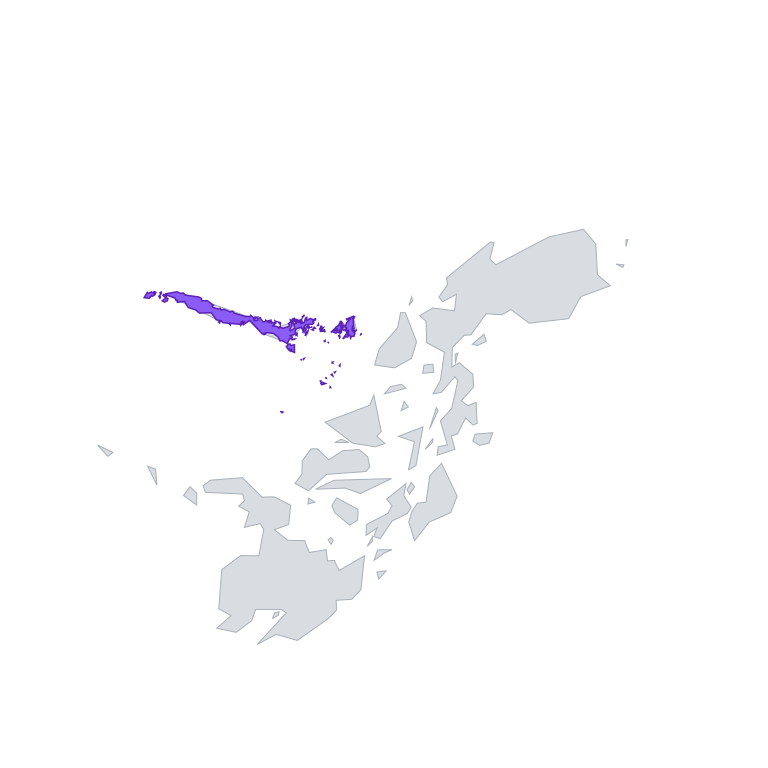 location of Palawan, Palawan, Philippines, rotated 63°
{"feature_id": "2640588B20950743061684", "entity_name": "Palawan", "entity_type": "district", "adm_level": 2, "iso_a3": "PHL", "parent_name": "Philippines", "parent_adm1": "Palawan", "projection": "orthographic", "projection_center": [119.327, 9.944], "detail": "fine", "context": "in_parent", "style": "filled", "palette": "violet", "viewbox_px": 768, "rotation_deg": 63, "n_neighbors": 0, "source": "geoboundaries", "source_scale": "gbopen_adm2", "svg_char_len": 9869}
<svg xmlns="http://www.w3.org/2000/svg" viewBox="0 0 768 768"><g transform="rotate(63 384 384)"><path d="M355.5,131.8L383.6,144.2L399.2,137.7L395.5,168.8L409.6,189.9L395.7,227.0L375.3,237.1L375.8,247.4L367.8,261.1L379.6,284.2L377.1,290.4L382.5,306.6L399.7,315.9L399.2,307.3L415.5,300.4L427.3,305.4L434.0,322.7L441.4,319.2L442.2,310.3L461.3,318.9L461.0,323.4L451.3,326.6L461.9,341.3L460.7,347.6L474.5,350.4L471.6,369.0L464.5,364.2L467.1,355.2L442.5,350.5L436.5,334.8L414.5,316.6L409.6,317.5L417.5,336.9L415.0,344.8L406.3,332.0L383.1,315.7L366.5,327.2L347.1,318.0L339.3,321.2L338.4,306.1L350.7,288.0L337.0,278.7L337.3,294.4L331.5,295.6L324.3,282.2L317.8,280.0L305.8,224.7L308.0,221.8L320.6,232.8L328.5,230.3L327.8,170.3L336.7,136.1L355.5,131.8ZM528.2,479.3L556.6,497.8L561.2,510.5L555.0,524.8L563.9,529.0L567.7,540.0L573.1,577.7L558.2,593.7L558.4,615.1L543.6,575.0L538.3,577.8L526.6,600.7L534.8,609.4L538.1,628.6L525.7,643.9L521.0,625.4L509.2,633.2L475.7,612.8L471.8,589.6L480.3,573.5L459.0,557.2L452.2,557.6L448.4,573.5L436.7,562.1L426.8,569.0L424.8,561.3L417.9,559.8L399.5,592.2L392.5,591.5L390.9,582.3L403.2,552.7L429.3,544.1L434.7,533.1L449.6,522.2L465.9,532.7L464.1,547.9L479.6,540.6L487.5,525.8L500.2,527.1L505.3,510.8L516.0,514.7L518.6,508.4L529.8,508.7L528.2,479.3ZM444.9,499.7L432.2,508.4L427.1,498.1L415.2,491.7L408.7,478.3L411.5,472.8L426.4,467.7L424.7,451.2L431.0,436.0L441.5,431.6L451.4,434.3L453.7,439.9L438.4,476.4L444.9,499.7ZM517.1,369.8L528.8,382.9L527.6,406.5L537.5,427.9L518.0,424.5L510.1,416.9L505.4,408.4L508.3,400.1L486.8,385.1L480.7,368.7L517.1,369.8ZM389.2,398.1L425.0,408.0L427.3,414.1L437.4,410.2L436.1,420.1L422.7,438.6L391.2,453.9L396.5,406.4L389.2,398.1ZM254.0,501.3L206.3,536.3L211.5,522.6L284.9,453.0L288.1,433.3L297.7,419.9L296.7,434.1L302.9,452.1L283.6,469.5L267.6,475.2L254.0,501.3ZM330.3,332.6L361.1,335.8L373.6,347.7L374.4,367.2L362.8,383.8L350.6,372.3L340.0,346.3L327.9,336.8L330.3,332.6ZM492.4,417.1L506.1,415.7L509.9,422.0L509.7,438.9L520.0,457.6L515.2,462.4L509.0,455.4L510.8,468.7L501.2,463.5L501.0,439.2L496.0,432.1L487.7,433.8L482.8,409.6L492.4,417.1ZM446.7,492.7L447.1,472.2L471.7,420.2L470.9,454.8L459.2,465.7L446.7,492.7ZM494.1,478.7L475.9,486.4L468.6,485.5L463.9,477.9L483.9,464.1L493.3,469.2L494.1,478.7ZM439.9,368.7L471.3,392.7L471.6,401.2L449.3,383.1L437.2,394.8L439.9,368.7ZM482.1,326.7L475.3,330.8L470.0,325.6L476.8,309.2L484.3,317.2L482.1,326.7ZM406.7,605.8L392.4,613.3L387.4,603.5L396.3,600.4L406.7,605.8ZM310.5,380.8L323.8,384.0L327.1,392.1L315.4,392.3L310.5,380.8ZM388.5,331.4L396.2,334.4L392.1,344.6L385.3,339.8L388.5,331.4ZM356.3,626.2L371.0,632.3L349.9,631.9L356.3,626.2ZM536.6,472.9L528.9,464.9L535.3,452.1L534.7,459.8L536.6,472.9ZM397.7,366.4L392.9,388.1L389.3,379.2L392.2,368.6L397.7,366.4ZM321.9,656.5L323.0,663.0L308.4,666.9L321.9,656.5ZM392.4,273.5L392.1,283.2L388.7,287.3L385.0,272.3L392.4,273.5ZM420.1,441.9L413.9,454.4L413.8,447.2L420.1,441.9ZM316.4,395.9L312.9,404.9L309.6,394.5L316.4,395.9ZM493.6,411.2L488.7,411.5L483.9,404.4L489.7,403.5L493.6,411.2ZM415.5,372.6L415.6,380.8L408.6,374.1L415.5,372.6ZM555.4,477.1L548.3,475.7L551.4,466.9L555.4,477.1ZM432.1,347.8L444.9,364.0L428.8,348.1L432.1,347.8ZM315.4,449.3L307.1,453.8L309.3,446.5L315.4,449.3ZM457.9,499.3L456.4,506.3L451.6,502.9L457.9,499.3ZM458.1,367.4L460.9,377.0L454.7,364.9L458.1,367.4ZM200.8,555.4L196.4,554.9L197.4,548.7L200.7,548.0L200.8,555.4ZM502.8,504.1L497.3,504.6L496.8,500.9L500.0,500.1L502.8,504.1ZM542.2,589.6L538.2,585.4L539.3,580.9L542.1,583.0L542.2,589.6ZM322.9,320.7L325.3,326.1L318.8,319.8L322.9,320.7ZM518.7,465.3L521.0,472.5L514.8,463.8L518.7,465.3ZM388.5,118.3L382.5,122.8L386.8,116.2L388.5,118.3ZM398.3,311.2L389.8,307.0L389.9,304.2L398.3,311.2ZM366.0,101.1L371.3,106.1L365.4,102.8L366.0,101.1Z" fill="#d9dde1" stroke="#a8b0b8" stroke-width="1"/><path d="M300.5,447.3L302.2,445.8L300.9,444.5L298.4,445.6L299.3,439.0L297.0,439.7L295.0,437.3L295.7,432.0L298.3,432.0L297.6,429.8L298.0,428.9L297.0,429.6L295.6,427.0L298.3,420.7L297.7,418.8L296.0,419.1L295.8,415.8L294.7,415.4L294.6,417.9L292.1,419.9L292.4,424.0L290.8,425.1L292.9,426.9L292.4,430.8L290.5,430.5L288.8,428.1L289.0,430.8L290.4,431.9L289.7,432.7L288.6,430.9L288.0,432.0L289.1,434.3L288.3,434.5L290.2,434.8L289.7,437.4L293.7,438.2L294.2,443.2L292.9,443.4L290.1,439.4L287.2,438.3L288.2,437.4L286.5,437.4L287.8,436.6L287.2,434.8L285.7,435.9L285.6,434.2L284.8,434.1L284.5,436.1L286.3,436.8L284.3,438.3L286.3,438.8L286.8,441.6L288.5,441.4L289.5,442.9L288.5,448.6L286.5,450.6L285.1,450.2L286.6,451.6L286.2,452.0L286.3,452.2L286.2,452.4L286.2,452.5L284.6,452.8L281.7,456.8L280.6,452.7L279.4,452.8L280.3,454.7L278.6,455.1L278.7,456.5L275.7,455.7L275.2,458.2L276.7,457.0L277.2,458.5L273.5,460.4L274.7,461.2L273.7,463.7L268.6,464.3L268.5,467.1L269.9,467.6L268.7,470.8L267.4,471.0L266.1,468.9L267.3,469.1L266.8,466.7L265.3,470.4L262.3,471.7L263.0,472.8L260.8,477.0L253.0,485.2L250.4,485.7L249.9,488.4L244.8,492.7L244.3,495.3L242.0,495.7L242.0,497.8L237.8,501.8L236.4,501.7L236.3,500.3L229.6,503.5L227.1,508.6L224.9,507.8L222.5,509.4L214.5,520.8L211.9,521.4L210.9,524.2L207.8,526.7L204.6,537.4L205.9,537.6L212.3,531.3L215.3,531.3L215.6,530.2L217.4,531.0L220.0,524.2L226.9,523.7L232.5,518.2L237.1,516.2L242.0,505.5L250.6,504.3L253.8,500.4L256.2,499.8L265.3,485.4L266.8,485.1L265.6,483.7L264.6,484.5L265.6,483.4L264.2,483.3L264.0,481.4L265.2,480.2L265.7,482.6L267.3,482.6L266.4,474.7L284.2,469.7L285.2,464.7L288.7,459.6L293.9,457.0L298.4,457.1L299.0,455.1L304.1,451.8L300.5,447.3ZM310.9,379.6L309.7,380.4L309.8,382.1L310.8,381.7L311.6,381.7L311.7,381.9L309.6,382.6L309.2,386.8L310.9,384.7L312.6,389.8L314.8,391.7L314.1,392.3L315.8,393.1L317.0,391.9L318.8,394.2L320.1,391.4L323.7,393.4L324.8,392.4L328.0,392.9L326.8,391.5L327.8,389.0L325.6,386.9L324.5,387.5L323.4,383.7L323.2,387.4L321.3,387.9L318.3,385.9L319.2,385.0L312.2,382.0L310.9,379.6ZM311.9,394.4L310.0,393.9L310.7,395.7L309.0,394.7L311.7,398.8L311.4,400.9L312.3,402.2L313.6,402.0L313.6,400.6L315.1,401.1L313.2,402.8L313.2,403.3L313.8,403.3L314.2,404.0L312.6,403.3L313.3,406.2L313.4,404.7L314.3,405.9L316.9,403.8L316.3,402.3L317.8,401.0L315.7,399.0L316.4,398.3L317.0,398.8L316.9,398.4L317.4,398.5L317.4,398.3L317.8,398.2L314.5,396.8L316.1,396.1L315.5,395.3L314.1,396.5L312.8,396.3L313.7,394.9L311.9,394.4ZM309.9,452.8L312.1,452.7L310.6,450.1L312.4,451.9L315.2,449.4L308.4,446.0L307.2,450.0L305.7,449.5L305.1,451.0L306.3,454.0L310.2,453.6L309.9,452.8ZM200.3,547.6L197.6,548.3L196.5,550.1L196.4,548.6L196.4,552.6L194.9,553.3L198.1,558.5L201.0,554.5L199.7,551.1L200.7,550.6L200.3,547.6ZM209.8,537.7L208.1,539.0L209.2,543.8L211.3,542.5L211.5,539.3L209.8,537.7ZM310.0,412.8L307.9,412.2L309.1,413.0L308.6,414.2L307.0,414.2L306.3,412.7L306.1,415.0L304.5,413.3L303.8,413.9L306.2,416.6L308.2,415.4L308.0,417.4L310.0,412.8ZM324.5,393.2L322.4,395.2L325.1,400.3L324.6,396.3L325.7,395.2L324.5,393.2ZM357.0,435.9L353.7,438.9L355.0,440.1L356.5,439.7L357.0,435.9ZM298.9,428.3L298.0,430.6L300.8,432.5L300.5,428.9L298.9,428.3ZM206.8,537.4L204.1,539.5L204.6,540.7L207.8,539.4L206.8,537.4ZM299.5,424.5L297.8,425.4L298.0,426.8L300.5,425.9L299.5,424.5ZM198.8,545.6L197.3,546.9L198.3,547.9L200.1,547.4L198.8,545.6ZM288.0,431.7L286.4,433.0L287.5,434.3L287.4,433.1L288.0,431.7ZM203.2,543.7L203.5,544.8L205.8,544.7L205.1,543.7L203.2,543.7ZM200.9,540.9L201.1,542.2L202.7,542.2L202.2,541.2L200.9,540.9ZM303.2,420.0L301.7,420.4L302.5,421.9L303.2,420.0ZM353.4,426.0L351.6,425.8L351.8,426.8L353.4,426.0ZM282.4,448.4L280.8,450.1L283.9,449.4L282.4,448.4ZM321.8,401.2L322.3,402.3L320.2,401.4L320.4,402.5L322.6,402.5L321.8,401.2ZM322.6,393.9L320.1,393.0L320.0,393.7L322.6,393.9ZM289.7,422.5L289.6,424.0L291.0,424.6L290.8,423.3L289.7,422.5ZM317.8,398.5L317.7,398.8L318.3,399.2L318.2,399.5L319.4,400.1L317.8,398.5ZM254.9,502.7L253.9,501.7L253.7,503.2L254.9,502.7ZM303.3,428.6L302.1,427.5L302.5,429.3L303.3,428.6ZM363.3,487.9L363.0,486.0L362.9,487.3L361.3,488.7L363.3,487.9ZM315.6,394.9L314.0,394.4L314.7,395.0L315.6,394.9ZM303.3,429.7L302.3,430.1L302.4,431.1L303.3,429.7ZM304.4,430.6L303.3,431.0L304.3,431.1L304.4,430.6ZM313.4,393.6L312.6,394.4L314.0,394.1L313.4,393.6ZM310.3,393.4L309.0,393.5L308.1,395.0L310.3,393.4ZM341.8,420.7L341.3,419.6L341.1,420.1L341.5,420.1L341.2,420.3L341.7,420.7L341.8,420.7ZM318.5,416.7L318.6,417.8L319.2,417.8L319.4,417.2L318.5,416.7ZM320.3,384.8L320.7,385.7L322.7,386.8L321.8,386.3L320.3,384.8ZM352.6,432.8L351.5,432.7L352.3,433.1L352.6,432.8ZM285.5,466.8L285.1,468.2L285.4,468.5L285.8,467.8L285.5,466.8ZM261.6,494.2L260.9,493.7L260.9,494.4L261.6,494.2ZM301.1,439.4L300.3,438.9L300.4,439.1L300.8,439.3L300.2,439.4L300.8,440.3L301.1,439.4ZM348.1,415.2L346.9,414.5L347.4,415.6L348.1,415.2ZM317.9,393.3L317.5,394.2L318.2,394.3L317.9,393.3ZM279.4,451.9L278.3,452.5L279.2,452.7L279.4,451.9ZM322.7,414.4L321.3,415.0L320.9,415.2L322.7,414.4ZM329.2,380.9L328.9,381.9L329.4,382.3L329.2,380.9ZM351.6,422.8L351.1,422.0L351.0,422.9L351.6,422.8ZM317.4,395.4L316.6,395.9L317.6,396.0L317.4,395.4ZM353.4,439.6L352.5,439.0L352.4,439.4L353.4,439.6ZM310.0,386.0L309.6,387.7L309.8,387.9L310.1,387.8L310.0,386.0ZM287.5,425.2L286.8,424.1L287.1,425.3L287.1,426.6L287.2,426.9L287.5,425.2ZM304.6,422.2L303.5,422.5L303.2,423.2L304.6,422.2ZM325.0,445.7L324.7,446.8L325.0,446.8L325.0,445.7ZM302.1,415.7L300.8,415.2L301.8,416.6L302.1,415.7ZM303.4,443.0L303.0,443.8L303.2,444.8L303.5,444.1L303.4,443.0ZM286.4,423.4L286.5,424.7L286.8,424.8L286.4,423.4ZM313.7,406.3L313.5,407.1L313.9,407.2L313.7,406.3ZM305.2,431.6L304.4,431.4L304.8,432.0L305.2,431.6ZM363.0,433.2L362.1,433.3L362.7,433.8L363.0,433.2ZM292.0,428.9L291.2,428.7L291.9,429.4L292.0,428.9ZM311.2,413.0L310.4,412.8L310.5,413.0L311.2,413.0ZM300.9,422.1L300.3,422.9L300.4,423.1L300.9,422.1ZM313.5,393.0L312.5,393.2L313.5,393.1L313.5,393.0ZM325.5,444.3L325.0,443.6L325.0,444.3L325.5,444.3ZM322.0,392.6L321.1,392.4L321.8,392.8L322.0,392.6Z" fill="#8b5cf6" stroke="#5b21b6" stroke-width="1.5"/></g></svg>